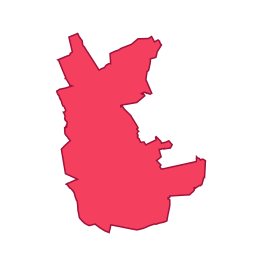 Huimilpan, Querétaro, Mexico, rotated 350°
{"feature_id": "50627088B5826764416597", "entity_name": "Huimilpan", "entity_type": "district", "adm_level": 2, "iso_a3": "MEX", "parent_name": "Mexico", "parent_adm1": "Querétaro", "projection": "natural_earth1", "projection_center": [-100.316, 20.419], "detail": "fine", "context": "isolated", "style": "filled", "palette": "rose", "viewbox_px": 256, "rotation_deg": 350, "n_neighbors": 0, "source": "geoboundaries", "source_scale": "gbopen_adm2", "svg_char_len": 5504}
<svg xmlns="http://www.w3.org/2000/svg" viewBox="0 0 256 256"><g transform="rotate(350 128 128)"><path d="M67.0,212.0L68.5,213.9L68.6,214.1L70.8,216.0L71.5,216.5L72.9,217.4L73.3,217.3L78.9,216.9L79.1,217.0L79.4,217.2L79.4,217.5L79.8,218.0L80.3,218.5L81.3,219.5L81.7,219.9L82.4,220.8L83.3,221.6L85.7,223.8L86.8,224.8L88.6,226.1L90.4,227.1L91.2,227.7L91.6,226.7L92.7,224.4L94.3,220.4L104.0,224.1L105.4,224.7L113.7,227.9L118.9,229.8L120.0,229.9L120.8,229.8L123.0,229.7L126.0,229.4L128.7,228.8L129.1,228.7L130.5,228.3L133.2,227.7L134.7,227.6L135.0,227.5L135.8,227.4L136.3,227.3L137.4,227.2L138.7,227.5L139.2,227.6L139.8,227.6L141.4,227.2L142.0,227.1L145.9,227.0L147.3,226.8L148.1,226.7L148.7,226.6L150.1,226.3L152.3,220.2L153.8,216.6L154.4,215.1L154.7,214.3L155.7,211.6L156.4,207.9L156.7,206.1L156.1,205.5L155.8,204.8L155.2,204.8L155.2,203.8L157.1,203.5L157.3,202.2L170.6,203.7L171.7,203.8L176.2,204.4L176.6,204.4L176.9,204.5L177.3,204.2L181.4,201.7L182.6,200.5L182.5,200.2L182.8,199.5L182.7,198.2L183.0,198.2L183.3,198.3L183.3,198.5L183.2,199.0L183.3,199.0L183.6,199.1L188.4,197.0L188.8,197.1L189.0,197.4L190.9,196.5L193.9,190.3L194.5,189.7L194.8,189.9L198.6,173.6L196.2,171.6L195.7,171.7L195.3,171.8L194.2,171.8L193.7,172.1L193.0,170.5L192.8,170.3L191.7,169.8L191.0,169.0L190.5,168.2L189.5,172.9L170.6,173.7L156.8,174.3L153.9,174.3L152.6,171.8L154.0,170.2L150.5,165.0L155.6,162.2L155.6,161.9L155.2,158.4L155.0,157.4L155.1,155.6L154.9,154.9L154.9,154.5L156.1,154.5L156.8,154.6L157.0,154.7L157.8,154.4L159.5,154.5L160.0,154.5L159.9,154.9L161.4,154.9L162.0,154.9L166.3,155.1L168.6,152.2L168.3,151.6L168.2,151.6L166.7,148.9L166.0,147.7L164.8,148.0L162.9,148.5L158.3,148.8L158.3,147.8L157.6,146.2L156.8,145.1L155.9,143.8L154.9,142.4L154.7,142.1L154.3,141.4L153.5,141.9L153.8,144.5L145.3,146.9L142.6,147.7L142.2,146.6L141.6,145.5L141.4,144.6L138.0,144.2L137.6,143.2L137.5,142.3L137.2,141.6L137.0,140.5L136.9,140.3L136.6,140.2L136.3,139.9L136.1,139.6L136.1,139.3L136.1,138.8L136.0,138.6L135.8,138.7L135.8,138.0L136.2,137.7L136.4,137.6L136.5,137.3L136.4,137.2L136.6,136.8L136.5,136.4L136.1,136.0L135.9,135.4L136.0,134.9L136.4,134.4L136.8,133.9L137.1,133.5L137.9,133.0L137.3,132.5L137.0,131.5L136.8,131.2L136.6,131.0L136.4,130.9L136.4,130.7L136.7,130.3L136.9,130.2L137.4,130.2L137.5,130.0L137.7,129.9L137.9,129.5L136.7,126.0L135.3,122.6L134.1,119.4L133.3,117.5L133.0,116.4L127.9,109.2L127.4,108.2L126.7,106.6L125.9,105.1L124.6,105.7L124.7,104.8L125.8,104.3L128.3,104.3L128.6,104.3L132.9,104.4L141.1,104.4L150.1,99.2L149.3,97.2L148.1,97.4L147.1,96.5L148.0,96.1L148.3,96.0L149.6,95.6L151.7,96.1L151.9,96.6L152.4,96.5L152.6,97.2L153.7,97.3L154.5,98.0L155.1,98.2L155.8,98.5L156.9,98.1L157.4,98.0L154.0,83.4L156.6,75.7L156.8,75.7L157.9,75.1L158.3,74.7L158.5,74.4L160.5,69.4L161.3,67.3L161.7,66.0L161.9,64.7L162.1,63.8L167.7,63.3L169.2,60.1L169.7,58.3L173.6,54.0L175.4,52.0L174.3,49.9L174.1,48.0L172.8,46.5L169.0,47.8L167.1,42.0L163.6,43.4L153.3,41.9L153.0,42.1L146.0,46.2L134.9,48.4L132.1,49.7L128.8,50.1L123.2,51.6L122.4,59.3L122.0,61.7L121.6,61.5L121.4,61.4L120.1,61.4L119.3,61.6L119.0,61.8L118.7,62.1L118.1,62.1L117.8,62.2L117.7,62.2L117.2,62.6L116.5,63.2L115.5,64.3L115.3,64.4L112.1,65.0L111.5,65.3L109.5,65.9L108.9,64.4L107.7,61.4L103.5,51.3L103.1,50.3L102.5,49.0L101.6,46.6L100.9,45.3L99.3,41.1L99.3,40.9L99.1,40.5L98.9,40.3L98.6,39.9L98.2,39.4L98.1,39.2L97.9,38.8L97.9,37.7L97.8,37.4L97.8,37.1L97.8,36.8L97.9,36.6L97.9,35.5L98.0,35.0L98.0,34.5L98.0,34.3L98.0,34.0L97.8,33.5L97.7,33.4L97.5,33.2L97.4,32.9L97.0,32.2L96.8,31.9L96.7,31.6L96.5,30.9L96.4,30.8L96.2,30.5L96.0,30.3L95.9,30.1L95.8,29.8L95.8,29.6L95.7,29.4L95.5,29.0L95.5,28.7L95.4,28.1L95.3,27.9L95.3,27.6L95.3,27.4L95.3,27.1L95.2,26.9L95.1,26.7L94.9,26.5L94.6,26.1L93.1,26.6L85.6,28.2L86.4,43.4L84.1,44.5L84.1,44.8L84.1,45.0L83.9,45.2L83.8,45.4L83.5,45.7L83.3,45.9L83.1,46.0L82.5,46.3L82.0,46.4L81.8,46.4L81.6,46.4L80.1,46.6L70.7,48.7L71.5,49.5L73.7,59.9L75.4,67.2L74.7,68.4L75.6,68.8L78.2,75.5L78.1,75.8L80.2,76.9L73.4,77.8L67.1,78.0L66.0,78.7L64.2,79.3L64.2,79.5L64.3,80.0L64.3,80.6L64.8,82.8L64.9,83.0L65.0,83.3L65.2,83.5L65.5,83.5L65.7,84.1L65.9,84.8L65.7,85.1L65.7,85.3L66.2,87.7L66.4,87.7L66.4,87.8L66.8,89.1L67.0,89.6L67.2,92.5L67.3,92.8L67.7,94.9L68.0,94.9L68.4,95.1L68.6,95.5L69.1,97.1L69.1,97.5L69.5,98.6L69.7,98.9L69.7,99.6L69.7,100.0L69.6,100.3L68.9,100.6L68.7,101.2L68.2,101.3L67.1,101.2L68.1,104.5L68.0,105.1L68.0,105.8L67.3,107.7L67.4,108.5L67.8,108.8L67.6,109.6L68.9,111.1L69.0,112.0L68.7,112.6L68.7,112.9L68.7,113.4L68.5,113.7L68.5,114.0L68.3,114.6L67.7,114.7L67.7,114.8L67.9,115.4L67.6,115.4L67.4,116.0L67.1,116.1L67.0,115.8L66.6,116.2L66.9,116.5L66.5,116.5L66.4,116.8L65.8,116.7L65.9,117.2L65.5,117.6L65.3,118.8L65.5,119.2L65.5,119.9L65.1,120.2L65.0,123.1L66.2,125.3L67.0,126.6L67.5,127.9L69.0,130.4L67.2,131.6L66.9,131.7L66.7,131.8L63.4,133.9L63.1,134.2L62.0,134.9L58.7,137.3L58.5,162.1L59.0,162.4L59.6,162.9L62.2,164.6L64.4,166.2L66.5,167.6L67.3,168.2L69.3,169.7L66.6,170.2L65.1,170.6L64.7,170.8L63.9,170.9L63.1,171.1L62.1,171.4L60.5,171.8L59.8,171.9L59.2,171.9L58.4,172.2L57.4,172.6L57.8,172.9L58.3,173.2L58.4,173.6L58.8,173.9L59.1,174.2L59.0,174.7L59.1,175.0L59.9,176.3L60.1,176.6L60.2,176.9L60.4,177.1L60.9,177.4L61.6,178.2L62.3,179.5L62.5,179.7L62.8,180.5L63.3,180.6L63.5,182.1L63.8,182.4L63.7,182.8L64.0,184.4L64.0,186.2L64.3,187.7L64.4,188.0L64.4,188.6L64.6,189.2L64.7,190.4L65.1,190.9L65.3,191.1L65.0,195.5L64.4,201.2L64.5,201.8L64.6,208.0L65.1,208.9L67.0,212.0Z" fill="#f43f5e" stroke="#9f1239" stroke-width="1.5"/></g></svg>